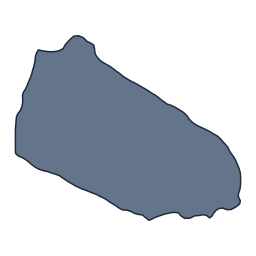 Nyali, Coast, Kenya, rotated 270°
{"feature_id": "3690345B58494489025359", "entity_name": "Nyali", "entity_type": "district", "adm_level": 2, "iso_a3": "KEN", "parent_name": "Kenya", "parent_adm1": "Coast", "projection": "albers", "projection_center": [39.702, -4.031], "detail": "fine", "context": "isolated", "style": "filled", "palette": "slate", "viewbox_px": 256, "rotation_deg": 270, "n_neighbors": 0, "source": "geoboundaries", "source_scale": "gbopen_adm2", "svg_char_len": 2059}
<svg xmlns="http://www.w3.org/2000/svg" viewBox="0 0 256 256"><g transform="rotate(270 128 128)"><path d="M40.6,180.3L37.7,184.5L37.8,190.0L40.2,194.8L40.5,199.1L41.2,202.5L40.8,206.2L38.1,209.6L39.9,212.0L43.0,213.8L45.4,215.8L47.5,218.9L47.9,222.6L46.3,227.0L46.5,231.1L48.1,234.2L49.8,237.0L52.2,239.7L55.3,240.3L58.8,238.5L62.3,238.4L65.9,239.7L69.9,240.4L73.6,240.6L76.4,240.6L79.5,240.6L83.0,240.3L86.3,239.4L89.0,238.5L92.2,237.1L95.6,235.7L98.7,234.0L101.8,231.7L104.9,229.6L108.6,227.9L111.7,225.4L113.7,223.3L116.2,221.3L119.7,217.8L122.5,212.8L124.8,209.1L127.2,204.2L129.7,198.7L132.0,194.6L134.1,191.8L137.2,189.0L140.0,187.1L143.4,183.7L145.6,180.4L147.2,177.7L148.9,174.8L150.6,171.3L152.0,166.9L154.0,164.4L155.8,161.6L158.3,158.7L160.9,155.2L163.1,151.3L165.5,147.9L167.2,145.0L168.9,142.0L170.4,139.4L171.9,136.9L173.5,133.7L175.1,130.5L177.6,126.3L179.8,123.0L182.7,119.4L185.0,116.0L186.8,113.8L189.3,110.5L191.3,106.9L193.5,103.1L195.2,100.6L198.2,97.7L200.8,95.8L204.0,94.8L206.9,94.6L211.0,93.7L213.0,90.5L214.6,87.1L218.3,83.3L220.3,78.5L219.8,73.7L217.5,71.0L215.0,68.6L211.7,65.6L207.3,63.0L205.1,58.6L204.3,53.8L204.3,49.5L204.6,46.2L205.2,42.2L206.1,38.4L203.6,36.8L199.8,35.5L194.5,34.9L189.8,33.9L186.0,32.7L182.0,31.7L177.8,30.2L174.4,28.7L171.7,27.6L168.5,26.3L166.0,24.9L163.5,23.3L160.3,22.5L156.5,22.7L153.3,22.7L149.1,21.8L145.2,20.2L142.5,17.9L138.9,16.4L133.8,16.0L129.4,15.6L126.3,15.4L122.3,15.4L117.6,15.4L113.9,15.4L110.2,15.4L106.0,15.4L102.5,15.6L100.0,18.3L98.0,23.1L95.7,26.6L93.8,29.0L91.5,31.5L88.8,35.2L87.0,38.5L86.0,41.2L85.2,43.9L84.4,47.6L82.8,52.2L81.8,55.6L80.2,59.6L77.3,63.8L75.0,67.1L73.2,70.1L71.8,72.6L70.0,75.6L68.5,78.9L67.1,81.8L66.0,85.1L64.5,88.8L62.8,93.1L61.4,96.7L59.7,99.9L57.8,104.0L55.8,107.2L54.0,109.6L52.5,112.2L50.1,116.0L48.1,118.7L46.1,122.5L45.8,127.0L44.7,130.6L42.6,134.5L41.6,138.2L41.1,142.4L38.1,145.9L35.7,149.0L36.9,151.9L38.7,155.4L40.2,159.6L41.8,164.2L42.8,168.7L43.5,172.5L43.6,175.4L42.9,178.9L40.6,180.3Z" fill="#64748b" stroke="#1e293b" stroke-width="1.5"/></g></svg>